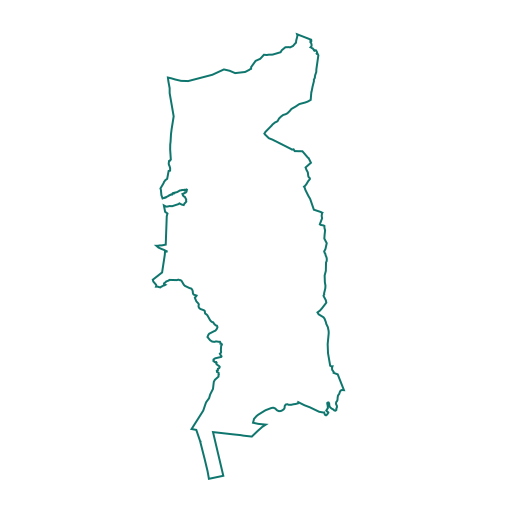 outline of Chamula, Chiapas, Mexico, rotated 257°
{"feature_id": "50627088B50895209283285", "entity_name": "Chamula", "entity_type": "district", "adm_level": 2, "iso_a3": "MEX", "parent_name": "Mexico", "parent_adm1": "Chiapas", "projection": "orthographic", "projection_center": [-92.726, 16.817], "detail": "fine", "context": "isolated", "style": "outline", "palette": "teal", "viewbox_px": 512, "rotation_deg": 257, "n_neighbors": 0, "source": "geoboundaries", "source_scale": "gbopen_adm2", "svg_char_len": 6066}
<svg xmlns="http://www.w3.org/2000/svg" viewBox="0 0 512 512"><g transform="rotate(257 256 256)"><path d="M280.7,168.3L277.7,167.4L261.1,160.8L256.1,150.1L254.2,150.2L250.4,152.2L249.3,152.2L248.6,151.7L248.2,153.5L247.6,154.3L246.9,155.8L247.4,156.7L247.7,158.2L248.2,159.4L248.0,160.0L248.3,161.1L249.0,160.1L250.0,160.2L250.8,162.0L251.4,162.8L251.7,165.4L252.2,166.2L250.3,173.5L250.4,174.6L250.3,175.3L249.7,176.0L249.4,177.1L248.4,177.9L244.2,179.2L242.9,180.0L239.7,184.0L238.9,185.5L237.9,186.1L236.7,186.4L235.5,186.4L234.6,186.2L233.4,186.2L232.4,186.6L230.8,189.2L230.1,188.6L229.3,187.1L228.4,187.1L225.2,187.7L222.8,189.1L221.8,189.4L220.1,188.7L219.0,188.7L217.8,189.1L216.8,190.0L214.9,193.0L213.9,193.7L211.9,193.5L211.3,193.6L210.0,194.8L209.1,195.3L203.9,196.8L202.5,197.5L201.5,198.4L201.0,199.4L199.4,199.9L197.5,201.1L196.9,202.2L196.4,202.4L195.2,202.4L193.8,201.4L192.5,199.8L192.3,199.2L192.1,198.0L190.8,192.9L190.1,192.0L188.0,190.5L184.3,192.3L182.5,194.0L181.7,196.1L181.7,197.0L181.8,197.8L180.7,200.6L180.5,201.6L179.3,201.9L178.6,201.6L178.0,202.7L177.6,202.9L177.1,202.7L176.4,201.9L173.2,200.9L171.6,200.5L170.3,200.4L169.7,200.1L168.9,198.8L167.2,199.3L166.5,199.7L165.9,199.8L165.5,199.5L165.5,194.6L165.5,193.5L165.3,192.6L164.7,191.3L163.9,191.2L163.4,190.9L162.9,191.5L162.1,191.7L161.8,192.2L161.6,193.4L160.9,193.6L160.4,193.1L159.8,193.1L159.0,193.5L156.9,195.4L156.3,195.7L155.5,195.4L154.9,194.7L154.7,193.5L154.0,193.2L153.4,193.2L153.0,192.0L151.8,191.9L151.0,193.0L150.6,193.3L149.9,193.2L149.2,192.9L148.9,193.1L148.3,192.7L146.9,192.3L144.7,188.2L142.9,186.6L136.2,184.2L131.4,180.2L128.0,178.3L125.0,174.8L124.0,174.0L117.2,169.8L101.9,154.3L100.0,158.7L89.1,159.8L87.9,159.9L87.7,160.2L87.1,159.9L69.6,160.3L57.2,160.4L49.5,160.0L49.2,174.7L94.1,174.5L87.6,192.9L84.9,200.8L83.8,203.3L81.0,211.3L85.1,218.2L88.1,223.7L89.5,227.6L91.9,220.5L94.2,215.6L97.8,217.5L99.9,220.5L100.8,222.3L103.2,229.4L103.6,230.7L104.4,236.5L104.4,237.7L104.2,238.9L103.3,240.2L102.2,241.0L101.1,241.6L100.5,242.3L99.7,243.4L99.4,244.9L99.5,246.2L100.3,248.4L101.0,249.2L101.6,249.7L103.3,250.2L103.8,250.6L104.6,251.7L104.5,253.2L103.7,254.3L103.5,255.0L103.1,256.9L103.1,259.3L102.9,261.3L103.0,263.8L104.1,264.3L99.7,269.6L96.5,274.4L90.0,282.5L88.2,286.8L88.2,287.2L86.1,287.4L85.5,287.7L85.0,288.4L85.6,289.7L87.1,291.3L87.3,291.3L88.4,290.5L88.8,290.0L89.6,289.7L90.0,290.1L91.6,291.8L94.0,292.2L95.7,292.2L96.6,292.3L96.9,292.5L97.1,293.4L96.9,293.8L95.9,294.1L93.7,293.8L92.7,293.9L91.6,294.4L90.3,295.4L89.0,296.9L88.1,297.4L87.7,297.9L87.4,298.7L88.0,299.7L88.9,299.8L90.6,300.9L91.8,301.1L93.6,300.7L94.4,300.8L95.6,301.3L96.1,301.8L96.3,302.2L97.2,302.9L100.2,303.9L101.7,304.6L102.8,306.0L104.8,307.2L105.7,308.1L106.0,308.8L106.1,309.5L105.5,311.5L122.3,309.0L124.7,305.3L125.6,305.6L128.0,304.6L129.9,304.9L131.3,305.7L131.5,304.6L132.4,303.6L145.1,304.3L154.0,306.0L164.5,309.5L166.6,309.9L170.5,310.0L174.0,309.2L175.8,309.2L179.4,308.7L181.1,308.0L185.1,303.9L187.2,303.2L188.4,306.0L190.1,308.4L194.7,314.0L197.1,314.1L201.6,312.9L202.3,312.9L203.2,313.8L204.2,313.9L208.8,316.2L211.4,317.0L215.0,317.2L221.6,318.5L225.8,320.7L234.0,322.8L235.1,323.7L237.1,324.3L238.8,324.4L240.9,324.0L242.8,324.0L243.5,323.6L245.2,323.5L247.3,325.3L252.6,327.8L257.6,326.5L261.2,327.6L265.5,329.1L267.8,329.0L270.0,329.4L270.6,328.6L271.8,325.9L272.5,325.3L277.9,328.9L280.3,329.0L282.6,329.9L283.2,330.4L283.9,329.3L284.2,329.2L288.1,322.8L299.5,321.6L302.6,320.6L309.2,319.0L311.5,318.8L312.8,318.4L313.1,319.3L314.6,321.2L317.3,323.8L318.7,325.7L319.2,325.9L319.7,325.9L321.2,325.0L322.0,324.9L325.8,325.3L328.8,324.5L331.1,324.2L334.5,330.5L339.5,329.3L340.1,328.7L347.6,324.8L349.5,317.3L351.5,316.6L351.5,315.1L351.8,314.9L365.7,298.2L367.9,295.0L372.4,292.1L373.4,291.7L374.8,293.1L379.9,301.1L380.3,301.4L381.9,304.7L382.2,306.4L382.6,307.4L384.8,309.4L386.3,311.9L387.3,314.2L387.5,316.9L388.0,318.7L389.7,321.5L391.3,323.6L392.8,328.5L393.9,331.3L394.3,332.5L394.5,338.4L394.8,341.0L395.8,344.4L403.3,346.8L403.4,347.0L408.5,349.3L413.4,351.8L414.7,352.0L416.5,353.5L417.2,353.6L419.0,354.4L421.7,356.1L424.3,356.8L437.5,361.9L439.2,361.5L439.3,360.7L439.5,360.6L440.1,361.3L441.5,361.2L443.0,360.6L443.1,359.7L442.8,359.3L442.8,359.1L443.5,358.7L443.9,358.9L445.2,358.0L445.4,358.0L446.3,356.9L447.1,356.5L447.2,356.2L447.3,356.3L447.4,356.9L448.8,357.6L450.3,357.7L451.2,357.6L451.9,357.1L453.2,357.4L453.0,358.2L453.8,358.4L454.3,358.4L462.8,345.9L461.4,346.0L457.0,343.7L454.8,342.9L454.3,342.0L452.3,339.3L451.6,336.1L452.1,335.1L452.8,331.6L450.7,327.4L449.0,325.8L448.5,317.4L449.3,313.6L449.4,311.8L450.3,309.0L447.2,304.5L446.2,299.5L441.2,293.8L439.5,293.3L439.5,292.7L438.9,291.3L437.8,287.0L437.8,286.4L438.9,276.8L442.4,272.0L445.0,266.7L442.4,254.2L441.7,229.3L443.5,222.4L446.1,217.1L448.1,213.6L449.7,210.3L445.8,209.9L438.9,209.6L434.1,208.5L410.6,207.2L398.8,202.4L393.9,200.6L386.7,198.5L383.9,197.5L379.0,196.3L369.2,194.7L369.0,194.2L368.3,193.9L368.1,192.6L365.5,191.7L364.2,191.7L363.7,191.9L360.9,192.1L358.5,191.5L358.5,190.0L351.4,186.9L351.1,186.7L350.4,184.9L348.9,183.1L347.6,182.2L343.3,178.1L341.8,178.2L336.6,177.5L333.1,177.9L333.5,180.6L333.2,180.6L333.4,181.6L333.6,181.7L334.3,184.6L334.8,185.3L334.7,186.0L335.0,186.5L334.8,187.0L335.1,187.5L334.8,188.2L335.8,188.9L335.8,189.2L335.4,189.7L335.3,190.1L335.7,190.9L336.0,190.7L336.0,193.6L337.0,196.6L336.8,197.6L337.0,198.9L336.6,199.8L336.7,201.8L336.1,200.5L336.1,201.7L336.5,202.9L336.5,203.2L336.1,203.6L334.3,202.7L333.7,201.9L333.8,201.1L333.5,200.9L333.3,200.6L333.3,199.7L333.1,199.5L333.0,198.3L331.7,198.4L330.5,198.9L329.5,200.0L326.7,200.7L325.4,200.3L324.7,200.3L323.7,199.0L323.5,198.4L321.9,197.0L322.8,195.2L324.5,193.2L324.0,192.2L323.4,185.5L324.1,183.0L324.1,180.8L324.4,179.4L326.0,177.6L319.5,177.4L317.3,179.3L314.9,178.0L287.4,170.6L287.5,166.8L288.0,164.2L288.0,162.6L288.3,161.3L286.2,162.8L284.2,165.4L282.6,167.8L281.7,168.8L280.2,170.7L280.7,168.3Z" fill="none" stroke="#0f766e" stroke-width="2"/></g></svg>